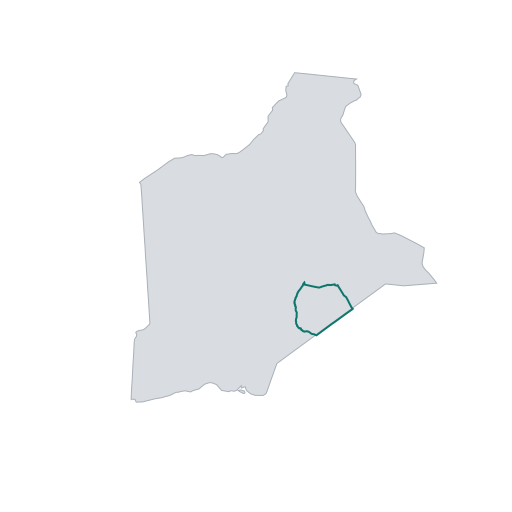 Wajir South, North-Eastern, Kenya shown in context, rotated 54°
{"feature_id": "3690345B47933297170219", "entity_name": "Wajir South", "entity_type": "district", "adm_level": 2, "iso_a3": "KEN", "parent_name": "Kenya", "parent_adm1": "North-Eastern", "projection": "robinson", "projection_center": [40.096, 0.963], "detail": "fine", "context": "in_parent", "style": "outline", "palette": "teal", "viewbox_px": 512, "rotation_deg": 54, "n_neighbors": 0, "source": "geoboundaries", "source_scale": "gbopen_adm2", "svg_char_len": 6917}
<svg xmlns="http://www.w3.org/2000/svg" viewBox="0 0 512 512"><g transform="rotate(54 256 256)"><path d="M127.9,307.0L127.8,300.8L128.5,285.0L128.4,271.2L129.1,264.2L132.1,259.8L133.5,256.6L134.5,252.2L136.1,248.5L139.7,245.6L140.4,243.9L144.2,239.0L146.5,232.6L148.2,230.5L150.3,228.5L151.8,227.4L154.3,226.4L156.3,225.8L156.6,225.3L156.8,224.2L156.2,220.3L157.0,219.0L158.3,216.4L159.9,213.9L161.2,212.4L162.0,210.8L162.4,208.0L162.4,206.0L162.4,202.8L162.0,195.5L160.4,189.4L159.4,182.6L160.1,180.3L158.9,176.3L158.3,176.1L157.2,175.2L155.9,171.5L154.9,168.0L154.3,167.1L150.0,164.1L147.9,157.0L145.5,155.5L144.2,148.4L143.9,146.4L145.3,139.3L145.2,137.7L143.7,136.2L139.7,134.7L136.4,131.8L136.9,130.8L137.1,129.8L135.4,129.0L130.4,117.0L136.8,109.8L143.4,102.4L151.7,93.2L159.4,84.6L166.0,77.3L171.9,70.7L171.8,72.0L171.8,73.6L172.6,74.7L173.8,75.4L175.5,74.6L176.9,73.6L178.4,73.4L187.2,76.1L188.7,78.5L188.6,81.1L189.0,82.9L188.3,84.8L187.6,90.4L187.8,95.6L190.4,99.4L192.8,102.5L194.7,106.7L196.1,108.0L198.0,108.7L204.1,108.8L213.1,109.1L221.8,109.4L222.6,109.5L224.4,110.0L232.4,115.8L239.7,121.0L245.9,125.5L251.9,129.9L257.8,134.2L262.3,137.8L266.8,138.9L274.0,139.4L279.1,139.6L283.7,141.1L290.6,142.5L295.8,143.2L298.9,144.0L307.5,144.8L309.0,144.3L312.8,140.4L317.0,134.0L318.7,130.4L324.2,126.9L333.9,122.0L340.7,118.6L348.3,115.1L351.8,118.1L356.5,122.9L358.7,125.3L360.4,126.4L363.0,127.1L366.1,127.1L367.8,127.0L371.3,126.3L379.6,125.8L384.2,125.8L380.3,132.2L375.6,139.9L366.9,154.1L360.2,161.5L355.2,167.1L354.7,168.1L354.8,174.4L354.8,189.7L354.9,220.4L355.0,251.1L355.1,281.7L355.2,297.1L355.2,302.2L359.6,308.7L363.9,315.0L369.6,323.3L372.7,327.8L373.2,329.2L373.0,332.2L368.3,338.5L364.5,341.3L359.3,342.7L357.8,342.4L355.7,341.5L354.9,343.0L354.3,345.4L353.2,344.9L352.3,344.2L352.9,348.3L353.4,350.4L352.6,353.1L350.1,355.6L349.9,357.6L344.5,362.9L336.8,363.5L332.7,366.2L330.9,368.4L329.5,373.1L330.0,380.4L327.9,386.0L327.5,388.8L323.5,392.5L321.7,395.8L320.4,399.2L319.3,400.7L318.0,408.3L316.1,412.9L315.6,414.5L315.1,415.8L313.7,418.6L312.8,420.4L312.1,421.7L307.4,433.5L303.8,438.8L300.9,438.2L299.0,440.3L298.8,441.3L297.8,440.7L295.4,438.8L290.4,434.8L285.5,430.7L280.6,426.7L275.7,422.7L270.7,418.7L265.8,414.6L260.9,410.6L255.9,406.6L253.0,404.2L251.8,402.9L250.8,400.1L250.3,399.4L249.0,398.5L247.4,398.3L247.0,397.8L247.0,396.5L247.5,394.5L249.3,390.8L249.5,388.7L249.2,386.2L248.6,382.3L248.1,381.4L244.8,379.3L238.0,375.0L231.1,370.6L224.3,366.3L217.4,362.0L210.6,357.6L203.7,353.3L196.9,349.0L190.0,344.7L183.2,340.3L176.3,336.0L169.5,331.7L162.6,327.3L155.8,323.0L148.9,318.7L142.1,314.3L135.2,310.0L132.6,308.4L130.3,307.0L127.9,307.0ZM355.7,349.1L354.5,349.4L355.1,347.3L358.6,344.7L360.1,345.3L360.4,345.9L360.3,346.4L359.7,347.0L355.7,349.1Z" fill="#d9dde1" stroke="#a8b0b8" stroke-width="1"/><path d="M355.7,253.7L355.6,245.3L355.6,244.7L355.5,233.5L355.6,233.4L355.6,216.3L355.7,209.4L355.6,208.8L354.0,209.0L353.9,209.0L353.6,208.9L348.7,208.2L345.8,207.7L344.8,207.6L344.3,207.5L343.9,207.5L342.8,207.3L342.4,207.2L340.5,207.8L340.1,207.9L339.9,208.0L339.7,208.0L339.4,208.1L336.6,207.8L336.0,207.8L335.0,207.7L332.6,207.5L332.1,207.5L331.0,207.4L330.2,207.4L327.7,207.1L327.7,207.4L327.7,207.5L327.6,207.9L327.1,208.4L326.5,208.9L326.3,209.1L326.2,209.2L325.7,209.1L325.2,209.0L324.8,209.9L324.7,210.1L324.7,210.3L324.3,210.9L324.2,211.0L324.1,211.3L323.9,211.6L323.8,211.9L323.7,212.0L323.6,212.3L323.5,212.6L323.2,212.9L323.1,213.0L322.9,213.4L322.8,213.5L322.6,213.6L322.0,214.4L322.0,214.5L321.7,214.7L321.6,214.8L321.4,215.2L321.3,215.3L321.2,215.6L321.2,216.0L321.0,216.6L321.0,216.8L320.9,216.9L320.5,218.0L320.4,218.4L320.2,218.7L319.7,220.1L319.6,220.5L319.4,221.1L319.2,221.9L319.0,222.5L318.8,223.1L318.7,223.4L318.6,223.5L318.4,223.8L318.2,224.0L317.2,224.9L316.4,225.7L316.0,226.1L314.4,227.5L313.2,228.7L312.8,229.0L310.6,230.9L308.7,232.6L308.2,233.1L307.9,233.3L307.7,233.5L307.3,233.6L307.2,233.6L307.2,233.4L307.0,233.1L306.8,233.0L306.4,232.7L306.2,232.6L305.9,232.5L306.0,233.0L306.1,233.3L306.3,233.6L306.4,234.0L306.5,234.3L306.5,234.5L307.0,234.8L307.1,235.0L307.4,235.4L307.5,235.6L307.5,235.8L307.6,236.2L307.6,236.4L307.6,236.6L307.7,236.8L308.0,237.4L308.3,238.3L308.5,238.9L308.8,239.5L308.9,240.1L309.1,240.7L309.3,241.3L309.4,241.9L309.4,242.1L309.6,242.4L309.7,242.5L309.7,242.8L309.8,243.1L309.9,243.3L310.1,243.5L310.2,243.8L310.3,244.0L310.5,244.4L310.6,244.5L310.8,244.6L310.9,244.9L310.9,245.0L311.0,245.1L311.1,245.3L311.3,245.5L311.5,245.8L311.7,246.0L311.8,246.1L311.9,246.3L312.0,246.3L312.2,246.5L312.3,246.6L312.4,246.8L312.5,246.9L312.5,247.0L312.6,247.4L312.6,247.5L312.8,247.8L312.9,248.0L313.0,248.2L313.1,248.3L313.3,248.5L313.3,248.8L313.5,248.9L313.5,249.0L313.7,249.3L313.8,249.5L314.0,249.6L314.1,249.8L314.2,250.0L314.3,250.1L314.5,250.3L314.6,250.5L314.8,250.7L314.9,250.8L315.0,251.0L315.1,251.4L315.2,251.5L315.3,251.5L315.5,251.6L315.8,251.8L316.0,251.9L316.1,252.0L316.3,252.2L316.4,252.3L316.5,252.3L316.5,252.5L316.8,252.7L317.0,252.7L317.1,252.8L317.3,252.9L317.5,252.9L317.9,252.9L318.0,253.0L318.4,253.0L318.5,253.0L318.9,253.1L319.0,253.2L319.1,253.3L319.2,253.5L319.3,253.5L319.5,253.7L319.6,253.8L319.8,253.8L320.0,253.7L320.3,253.7L320.5,253.7L320.8,253.8L321.1,254.0L321.4,254.4L321.8,254.8L322.1,255.0L322.4,255.2L322.7,255.4L323.0,255.6L323.6,255.9L323.9,256.0L324.2,256.0L324.3,256.0L324.6,256.1L325.1,256.1L325.3,256.1L325.5,256.2L325.8,256.3L326.1,256.6L326.9,257.2L327.0,257.3L327.5,257.7L327.9,258.1L328.1,258.2L328.4,258.4L328.7,258.5L328.8,258.6L329.0,258.7L329.1,258.8L329.3,259.1L329.6,259.4L330.1,260.0L330.3,260.4L330.5,260.6L330.7,260.8L330.9,261.0L331.2,261.2L331.4,261.5L331.7,261.7L332.1,261.9L332.4,262.1L332.6,262.1L332.8,262.2L333.4,262.6L333.7,262.8L334.1,263.1L334.3,263.2L334.4,263.3L334.5,263.3L335.1,263.3L335.4,263.3L335.5,263.3L335.9,263.4L336.1,263.5L336.3,263.7L336.5,263.8L336.8,263.9L337.1,263.8L337.2,263.7L337.5,263.6L338.2,263.8L338.3,263.8L338.5,263.8L339.0,263.8L339.2,263.7L339.3,263.7L339.6,263.4L339.8,263.4L339.9,263.5L340.0,263.5L340.1,263.4L340.3,263.0L340.3,262.9L340.5,262.8L340.5,262.7L340.7,262.4L340.8,262.4L341.0,262.3L341.4,262.4L341.4,262.5L341.6,262.5L341.8,262.7L342.0,262.7L342.3,262.6L342.6,262.7L342.8,262.4L343.0,262.3L343.3,262.3L343.3,262.2L343.5,262.1L344.0,262.1L344.3,262.1L344.5,262.1L344.9,261.8L345.1,261.6L345.5,261.4L345.7,261.2L345.7,260.8L345.8,260.7L346.0,260.5L346.1,260.4L346.4,259.9L346.5,259.6L346.5,259.4L346.6,259.2L346.8,258.9L347.0,258.8L347.4,258.7L347.5,258.6L347.7,258.3L347.9,258.1L348.1,258.0L348.4,257.8L348.6,257.7L348.8,257.6L349.7,257.4L350.1,257.2L350.7,257.1L350.8,257.1L351.0,257.0L351.2,256.9L351.3,256.9L352.2,256.3L352.9,255.6L353.2,255.2L353.3,255.1L353.7,254.9L353.8,254.8L354.2,254.7L354.3,254.6L354.5,254.4L355.1,254.1L355.5,253.9L355.7,253.7Z" fill="none" stroke="#0f766e" stroke-width="2"/></g></svg>